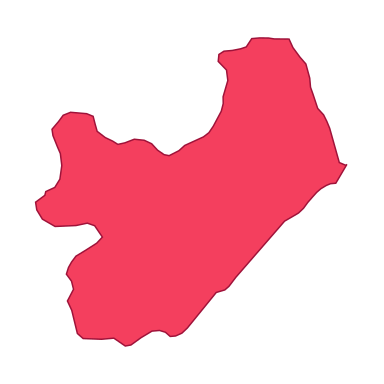 outline of Gangneung-si, Gangwon, South Korea, rotated 85°
{"feature_id": "91817680B99242230797556", "entity_name": "Gangneung-si", "entity_type": "district", "adm_level": 2, "iso_a3": "KOR", "parent_name": "South Korea", "parent_adm1": "Gangwon", "projection": "robinson", "projection_center": [128.801, 37.705], "detail": "fine", "context": "isolated", "style": "filled", "palette": "rose", "viewbox_px": 384, "rotation_deg": 85, "n_neighbors": 0, "source": "geoboundaries", "source_scale": "gbopen_adm2", "svg_char_len": 1455}
<svg xmlns="http://www.w3.org/2000/svg" viewBox="0 0 384 384"><g transform="rotate(85 192 192)"><path d="M48.1,82.0L46.7,96.6L45.3,102.3L44.4,111.2L44.4,118.7L44.4,119.1L52.2,125.3L53.6,131.1L54.5,139.5L54.5,147.9L57.3,153.2L64.2,154.5L73.5,147.0L84.1,146.6L99.8,152.7L106.7,153.2L114.1,155.8L128.4,165.1L134.4,170.0L138.1,175.8L145.0,195.2L149.7,201.4L153.8,211.6L152.4,216.5L147.3,222.7L140.4,228.0L136.3,235.1L134.4,244.9L137.2,254.6L138.1,261.7L134.4,266.6L130.2,273.7L123.3,281.2L115.9,282.6L108.0,283.9L104.8,290.1L102.0,306.1L102.2,306.6L104.3,313.6L110.3,318.9L117.3,326.0L123.7,325.6L135.3,322.1L142.2,319.8L154.3,319.4L167.7,322.5L175.5,328.3L178.8,337.6L182.5,338.9L188.5,348.7L196.3,348.2L206.0,343.4L214.4,331.4L215.3,310.5L213.9,299.0L217.1,291.9L229.1,285.2L234.7,291.4L241.2,303.9L245.8,313.2L251.3,318.1L256.4,321.6L262.9,324.3L270.3,319.8L278.6,318.5L286.3,323.4L289.7,325.6L299.4,322.1L323.0,318.5L328.5,313.2L330.8,295.0L330.8,282.6L339.6,271.9L339.1,266.2L332.7,255.5L327.1,244.0L327.1,236.4L329.4,230.7L334.0,226.3L334.0,220.9L331.7,214.3L327.1,208.5L294.2,176.6L292.4,167.8L289.2,163.4L280.8,155.8L229.1,102.3L225.4,94.4L222.2,87.7L218.0,82.4L212.5,77.6L207.4,72.3L203.2,67.8L200.0,63.4L197.2,57.7L195.8,53.3L195.8,48.0L178.0,35.3L178.8,36.5L175.5,42.7L140.5,49.3L133.5,51.5L126.6,54.2L119.7,59.5L104.9,63.0L98.0,64.8L88.8,64.8L74.4,67.4L67.1,72.7L56.9,78.9L48.1,82.0Z" fill="#f43f5e" stroke="#9f1239" stroke-width="1.5"/></g></svg>